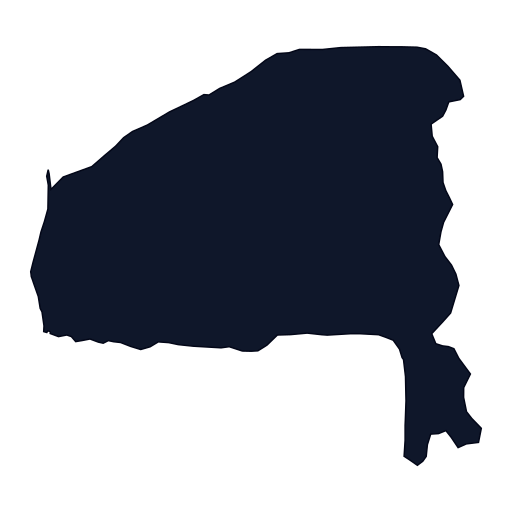 outline of Tuobo, River Gee, Liberia
{"feature_id": "62588387B28588993408977", "entity_name": "Tuobo", "entity_type": "district", "adm_level": 2, "iso_a3": "LBR", "parent_name": "Liberia", "parent_adm1": "River Gee", "projection": "equal_earth", "projection_center": [-7.667, 5.015], "detail": "fine", "context": "isolated", "style": "filled", "palette": "ink", "viewbox_px": 512, "rotation_deg": 0, "n_neighbors": 0, "source": "geoboundaries", "source_scale": "gbopen_adm2", "svg_char_len": 1969}
<svg xmlns="http://www.w3.org/2000/svg" viewBox="0 0 512 512"><path d="M404.1,456.3L408.8,459.3L417.4,465.3L422.8,461.2L426.2,456.4L427.4,444.6L430.7,434.1L438.5,433.6L445.9,430.6L451.2,437.3L458.1,447.6L466.3,443.9L478.5,442.4L481.3,428.3L471.8,418.5L466.5,411.7L463.6,397.4L463.7,387.6L470.4,374.0L458.8,358.3L453.9,348.7L448.4,346.6L442.6,345.9L435.8,343.7L431.7,333.7L443.1,321.4L450.6,313.0L458.9,285.5L455.9,274.1L451.5,265.1L444.9,256.5L438.7,244.6L441.0,231.6L441.6,229.5L443.6,222.3L452.6,204.5L449.4,197.7L445.8,190.6L443.0,182.5L442.6,171.7L441.0,164.2L437.1,157.6L437.7,146.7L433.8,139.3L432.2,136.2L431.1,124.1L437.2,119.9L442.6,116.2L445.9,110.0L448.8,101.9L460.2,99.6L463.6,96.3L459.9,80.2L447.9,66.3L436.5,55.0L425.6,48.8L417.0,47.2L400.7,46.8L391.7,46.8L378.4,46.7L340.7,47.6L322.4,49.5L299.5,49.4L288.9,52.8L277.1,53.6L267.0,59.4L265.7,60.1L251.0,71.7L234.7,82.1L219.7,88.4L210.6,94.0L209.1,95.0L203.9,94.6L193.6,100.4L175.4,109.1L169.5,111.9L147.4,125.0L132.5,131.5L123.6,137.7L115.6,146.2L104.7,155.4L91.8,166.6L63.2,177.0L51.0,189.4L49.1,173.6L48.2,169.7L46.7,176.2L47.8,182.2L48.3,185.2L48.1,197.0L47.9,209.0L44.4,221.6L41.0,231.9L39.1,240.0L33.0,262.5L30.7,271.8L31.0,273.7L31.3,276.6L32.1,278.7L33.9,284.0L38.3,296.5L40.2,308.4L42.0,311.9L44.0,325.9L43.7,331.6L46.8,332.5L47.8,330.8L49.9,331.5L50.4,332.7L50.2,333.5L58.5,336.6L66.8,335.0L71.4,336.6L75.7,341.6L82.3,340.5L90.0,339.0L98.3,342.1L103.2,343.2L104.4,342.6L108.3,340.6L113.5,341.7L120.6,342.5L130.6,346.4L140.7,349.5L150.1,346.8L158.4,341.8L160.1,342.0L168.7,342.6L178.2,344.6L193.4,346.2L221.1,347.8L229.2,346.7L242.3,351.0L251.3,351.2L257.9,350.8L264.5,346.7L267.1,345.0L277.4,335.0L280.9,334.9L290.6,334.6L307.2,333.1L321.8,334.7L327.2,335.1L332.1,334.8L350.7,333.7L359.7,333.7L378.6,334.7L386.1,337.4L393.2,340.2L399.5,349.1L402.1,357.6L403.5,359.5L405.5,376.6L406.0,400.9L405.3,420.7L405.1,425.3L405.1,440.4L404.1,456.3Z" fill="#0f172a" stroke="#020617" stroke-width="1.5"/></svg>